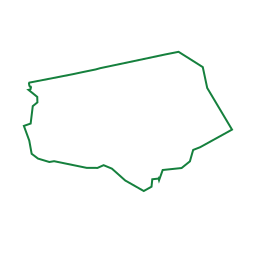 Gates, North Carolina, United States of America, rotated 348°
{"feature_id": "52423323B73755605771607", "entity_name": "Gates", "entity_type": "district", "adm_level": 2, "iso_a3": "USA", "parent_name": "United States of America", "parent_adm1": "North Carolina", "projection": "orthographic", "projection_center": [-76.756, 36.424], "detail": "fine", "context": "isolated", "style": "outline", "palette": "green", "viewbox_px": 256, "rotation_deg": 348, "n_neighbors": 0, "source": "geoboundaries", "source_scale": "gbopen_adm2", "svg_char_len": 684}
<svg xmlns="http://www.w3.org/2000/svg" viewBox="0 0 256 256"><g transform="rotate(348 128 128)"><path d="M40.9,63.1L40.4,63.8L40.3,66.2L40.8,67.3L41.4,67.3L41.6,67.9L40.7,69.8L40.3,70.0L38.6,70.0L45.7,78.7L44.7,84.1L39.4,86.8L33.7,103.4L26.6,104.3L28.8,119.8L28.4,133.2L33.6,139.2L44.0,144.9L48.8,145.1L79.3,158.4L89.9,160.7L96.4,159.3L103.8,164.4L114.4,178.8L130.3,192.9L138.8,190.3L141.1,183.2L147.3,183.8L147.4,183.7L147.5,185.6L153.2,176.3L172.1,178.3L181.6,173.5L186.1,165.0L187.2,163.0L194.5,161.8L229.4,151.2L213.8,105.3L213.8,84.0L193.3,64.0L186.6,63.9L179.5,63.8L113.2,63.7L108.6,64.0L95.7,63.9L85.2,63.9L40.9,63.1Z" fill="none" stroke="#15803d" stroke-width="2"/></g></svg>